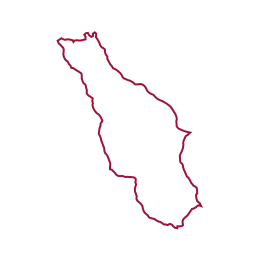 Cosmorama, São Paulo, Brazil (orthographic projection), rotated 287°
{"feature_id": "56859067B61665371407041", "entity_name": "Cosmorama", "entity_type": "district", "adm_level": 2, "iso_a3": "BRA", "parent_name": "Brazil", "parent_adm1": "São Paulo", "projection": "orthographic", "projection_center": [-49.768, -20.425], "detail": "fine", "context": "isolated", "style": "outline", "palette": "rose", "viewbox_px": 256, "rotation_deg": 287, "n_neighbors": 0, "source": "geoboundaries", "source_scale": "gbopen_adm2", "svg_char_len": 3073}
<svg xmlns="http://www.w3.org/2000/svg" viewBox="0 0 256 256"><g transform="rotate(287 128 128)"><path d="M83.3,122.9L83.4,124.6L82.5,126.3L81.4,128.5L80.0,130.3L79.4,132.0L79.5,134.0L80.4,136.2L80.5,138.3L80.4,140.0L81.2,141.9L81.5,143.6L82.1,145.9L82.5,148.2L81.8,150.1L79.9,150.8L78.3,150.9L76.3,152.3L74.3,152.2L71.9,152.3L69.4,153.2L67.0,155.1L65.1,156.3L62.7,156.8L61.1,158.3L60.2,160.3L59.6,161.8L57.7,164.6L55.3,165.7L54.0,166.7L52.5,167.9L51.2,170.0L50.3,172.4L49.0,173.7L48.5,175.4L48.6,178.1L48.8,179.8L48.0,181.7L47.5,184.2L47.6,186.3L47.1,188.2L46.3,190.4L46.8,192.6L46.7,194.3L48.5,195.9L48.4,198.4L47.1,200.2L46.3,202.2L46.6,204.4L48.5,204.0L49.1,206.4L49.9,207.9L51.1,209.0L52.6,208.3L54.1,207.6L56.1,207.4L58.1,208.1L59.8,209.2L62.1,210.6L64.2,211.2L66.0,211.8L67.6,212.3L69.3,212.9L70.4,214.7L72.1,216.1L73.6,217.0L74.8,218.4L74.7,220.8L77.0,218.7L78.3,215.6L79.9,214.5L81.8,213.4L84.0,212.6L85.5,213.3L87.5,212.7L90.6,211.4L91.7,209.4L92.0,207.4L93.0,206.2L94.0,204.4L95.4,203.3L96.7,201.9L98.0,200.5L99.0,198.3L100.5,197.1L102.6,195.3L104.0,194.0L105.4,193.0L106.9,191.9L108.3,191.4L109.5,190.4L110.5,188.2L111.8,187.5L114.7,186.4L116.1,185.8L118.0,185.7L119.5,186.0L122.2,186.3L124.7,186.4L127.8,186.0L130.1,185.1L131.8,184.9L135.0,185.3L137.0,185.5L138.7,187.0L141.8,188.8L141.5,185.4L141.5,183.7L141.6,181.3L141.9,178.5L142.4,176.1L143.8,174.1L148.7,172.2L150.7,172.1L152.8,171.1L154.3,169.9L155.8,168.6L156.7,167.3L158.3,165.7L159.6,164.0L160.7,162.8L161.9,159.9L162.7,157.5L163.7,153.4L163.9,151.0L164.3,148.2L165.1,146.1L165.9,144.7L167.1,142.7L167.4,140.7L167.6,138.9L168.5,136.6L169.5,135.2L170.9,134.0L172.5,132.3L173.6,130.2L173.8,127.3L172.6,124.6L171.8,121.9L173.0,119.6L173.8,116.6L173.8,114.4L174.0,111.7L174.3,109.3L175.2,107.8L176.9,106.4L178.2,104.6L178.9,103.1L179.7,101.3L180.4,99.2L180.8,96.1L182.3,94.7L183.7,92.4L185.6,90.5L188.1,88.0L190.3,87.3L191.6,85.6L193.0,84.3L194.3,83.6L196.4,82.9L197.2,80.9L197.5,79.2L198.9,77.3L201.0,75.8L202.5,74.3L204.3,72.4L205.3,70.9L207.0,70.5L209.0,69.9L209.7,68.2L207.9,66.8L205.9,67.7L204.4,66.1L205.3,63.8L207.2,61.8L206.4,60.1L204.5,58.9L202.8,60.7L200.4,61.5L199.0,59.1L197.9,57.3L197.3,55.5L197.1,53.8L196.0,51.3L194.3,50.7L195.7,49.5L195.6,47.1L195.2,44.4L193.9,42.0L193.9,40.2L194.3,38.0L192.1,36.3L190.9,35.2L188.7,36.9L187.8,38.9L186.7,40.8L185.9,42.3L184.7,43.4L182.7,44.0L179.3,44.7L177.1,46.0L174.7,48.5L173.9,50.9L172.2,52.5L170.7,54.8L168.9,56.2L169.3,58.2L168.4,60.6L167.6,64.0L166.5,67.5L164.5,68.5L162.1,69.2L159.7,70.7L158.0,72.3L156.8,74.8L154.2,76.2L152.1,77.6L150.3,78.0L148.8,78.6L147.5,80.6L146.9,83.1L146.0,85.6L143.5,85.9L141.6,87.1L139.7,87.3L137.8,88.3L136.3,89.5L135.0,90.9L133.2,93.4L132.2,96.4L130.4,98.8L128.6,100.3L127.4,101.4L125.7,100.9L124.0,100.5L122.1,101.0L119.5,100.8L117.0,101.3L115.2,101.4L113.7,101.9L112.0,103.7L110.0,105.1L108.1,106.1L106.0,107.9L103.6,109.6L102.0,111.0L99.3,112.1L97.6,113.2L96.6,114.8L95.2,116.6L93.8,117.8L92.0,119.1L90.3,120.4L89.0,121.4L87.2,121.9L85.4,122.2L83.3,122.9Z" fill="none" stroke="#9f1239" stroke-width="2"/></g></svg>